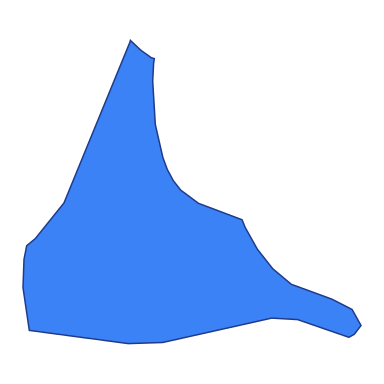 map outline of Wanica (Natural Earth projection)
{"feature_id": "SUR-74", "entity_name": "Wanica", "entity_type": "District", "adm_level": 1, "iso_a3": "SUR", "parent_name": "Suriname", "parent_adm1": "", "projection": "natural_earth1", "projection_center": [-55.199, 5.79], "detail": "fine", "context": "isolated", "style": "filled", "palette": "blue", "viewbox_px": 384, "rotation_deg": 0, "n_neighbors": 0, "source": "natural_earth", "source_scale": "10m", "svg_char_len": 526}
<svg xmlns="http://www.w3.org/2000/svg" viewBox="0 0 384 384"><path d="M130.4,40.4L140.9,50.3L151.1,57.6L154.3,58.6L153.6,63.6L152.7,81.1L155.3,124.4L162.8,157.3L167.3,169.5L173.4,180.8L180.7,190.1L198.4,203.3L242.1,219.8L245.1,227.3L257.4,249.3L272.7,268.7L291.3,284.3L332.0,299.2L352.1,309.5L361.0,325.5L354.4,334.2L348.9,337.3L297.6,319.6L271.7,318.1L162.6,342.5L128.2,343.6L29.3,330.4L23.0,287.6L24.0,259.4L26.7,245.7L35.3,238.6L64.0,202.9L129.8,42.5L130.4,40.4Z" fill="#3b82f6" stroke="#1e3a8a" stroke-width="1.5"/></svg>